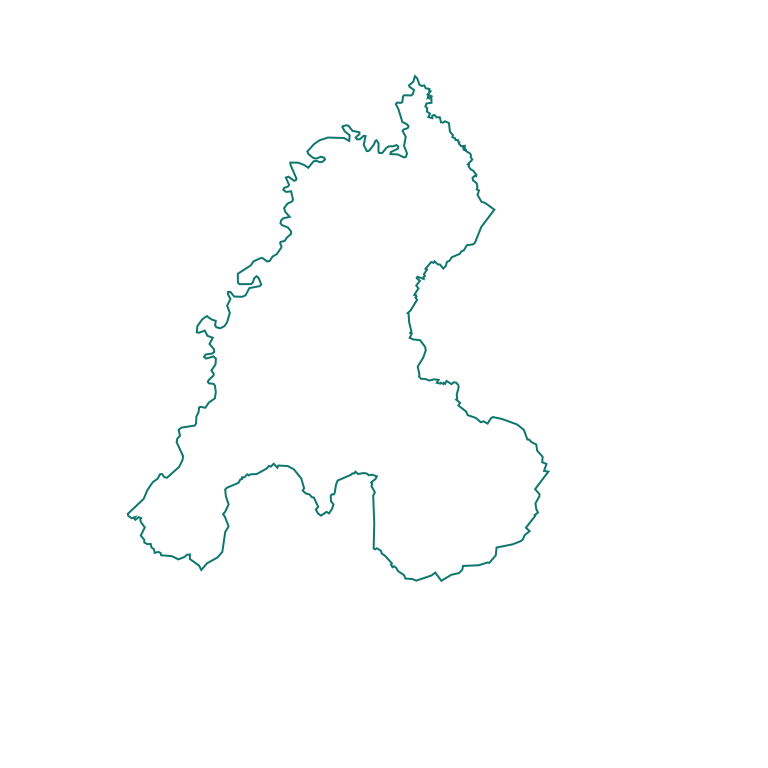 Mueang Maha Sarakham, Maha Sarakham, Thailand, rotated 305°
{"feature_id": "78962969B99626144769270", "entity_name": "Mueang Maha Sarakham", "entity_type": "district", "adm_level": 2, "iso_a3": "THA", "parent_name": "Thailand", "parent_adm1": "Maha Sarakham", "projection": "orthographic", "projection_center": [103.336, 16.105], "detail": "fine", "context": "isolated", "style": "outline", "palette": "teal", "viewbox_px": 768, "rotation_deg": 305, "n_neighbors": 0, "source": "geoboundaries", "source_scale": "gbopen_adm2", "svg_char_len": 6166}
<svg xmlns="http://www.w3.org/2000/svg" viewBox="0 0 768 768"><g transform="rotate(305 384 384)"><path d="M297.2,571.2L297.9,572.9L307.8,573.8L314.6,570.0L326.3,581.2L334.1,586.4L336.6,586.9L340.7,585.9L347.0,587.7L347.7,582.7L362.8,583.5L363.1,582.6L367.0,583.9L369.0,580.4L373.1,576.5L381.2,575.7L383.0,574.5L384.5,568.1L406.5,568.9L404.6,564.9L411.7,563.0L410.7,558.4L415.4,555.7L417.3,547.6L421.8,543.5L421.0,538.3L421.7,534.7L420.8,533.3L426.7,524.8L427.2,516.3L423.0,500.6L419.4,492.2L417.2,491.2L411.0,491.6L410.5,487.0L408.2,485.3L408.9,478.8L406.5,470.4L408.5,467.1L409.1,457.2L412.2,457.1L412.6,452.1L413.8,452.5L417.1,449.6L424.1,447.1L425.8,445.4L426.5,442.2L425.3,440.1L422.6,439.4L422.4,433.5L419.3,433.9L419.3,432.5L418.1,432.8L417.7,429.9L416.6,429.9L415.3,426.5L418.7,426.3L416.5,422.3L412.8,419.1L411.9,415.3L409.5,411.3L410.2,408.4L412.1,407.6L417.6,401.6L428.2,401.0L435.7,398.8L438.0,396.3L440.6,388.5L437.3,382.4L436.5,378.6L441.4,377.8L440.9,376.2L442.9,376.1L449.2,369.0L455.6,363.9L455.6,362.7L459.3,363.6L472.0,362.8L472.9,360.1L474.3,360.5L475.1,359.0L474.4,357.7L482.1,357.4L483.2,353.9L489.0,354.3L489.5,350.0L491.1,349.9L492.8,356.3L494.1,355.1L496.0,355.5L496.7,353.8L502.5,353.5L502.2,351.9L511.0,352.7L511.7,355.1L513.5,355.0L512.8,359.5L514.0,361.2L512.6,366.3L516.2,366.9L520.1,365.5L522.6,367.0L526.7,366.8L534.2,371.5L536.7,371.2L539.4,372.7L545.2,372.3L549.3,376.7L551.7,377.5L568.5,373.6L590.1,374.4L590.3,363.1L589.2,359.3L592.5,352.2L597.0,350.8L596.6,348.4L598.9,347.6L601.6,344.8L601.9,340.1L603.8,338.2L606.5,338.9L606.9,340.2L608.2,339.9L609.9,334.9L609.6,331.8L610.7,328.7L612.3,327.9L612.0,326.7L618.5,327.6L619.5,324.9L621.2,324.2L622.2,322.0L621.8,317.8L622.7,317.0L622.0,316.0L622.9,315.5L621.8,314.6L622.9,313.6L623.5,314.7L625.5,313.6L623.0,310.9L623.8,307.6L625.2,307.1L625.0,305.9L626.2,304.8L624.9,302.5L626.1,301.3L625.4,298.4L627.4,297.8L628.5,293.3L635.0,287.5L634.2,283.3L631.7,282.1L631.1,280.6L634.5,276.7L632.6,274.1L633.3,271.0L631.6,269.6L629.5,271.1L628.1,267.3L631.8,266.6L631.8,263.0L634.7,261.2L635.0,258.8L638.2,257.9L641.6,261.6L645.6,258.6L643.8,257.3L644.5,255.9L643.7,255.6L645.0,255.1L646.8,256.9L646.2,253.7L650.4,254.2L649.8,253.0L651.8,251.9L650.1,248.6L651.7,245.7L649.7,243.8L649.4,241.6L653.4,235.9L653.9,232.8L648.4,234.6L643.0,233.2L642.1,234.5L642.1,239.9L638.3,241.3L636.0,240.8L632.0,234.8L630.4,234.7L625.4,237.3L624.0,236.6L622.1,233.4L620.1,233.1L617.3,238.3L609.2,248.7L609.9,254.2L609.1,256.4L607.1,256.6L603.5,254.0L601.9,254.1L599.0,260.0L590.6,263.8L586.1,270.6L582.6,271.7L581.1,270.4L579.9,263.5L576.0,257.4L577.8,256.6L584.8,260.4L586.6,259.6L586.9,257.2L583.7,254.9L581.4,251.6L578.9,250.5L572.4,250.1L570.5,247.6L571.2,246.1L578.0,241.5L579.4,238.2L578.4,237.5L574.2,238.4L566.5,238.0L564.9,236.3L568.2,230.3L576.5,226.7L575.8,225.1L570.5,223.8L568.9,221.3L569.6,219.4L574.7,220.5L576.1,219.5L573.3,213.0L575.1,207.1L574.5,204.9L571.6,202.4L570.6,202.5L568.4,207.0L568.1,213.1L563.2,216.1L562.6,210.2L553.8,196.8L546.5,191.3L540.3,189.1L530.5,187.8L529.0,190.3L528.6,196.7L530.0,199.4L534.0,202.0L535.1,205.2L534.1,206.9L531.0,206.3L528.9,204.4L528.1,200.8L526.1,198.6L517.7,197.9L517.6,192.9L516.0,186.6L511.7,180.3L510.1,181.4L502.0,194.5L500.4,194.9L498.9,193.8L499.0,186.8L496.8,185.2L492.7,192.0L490.8,192.1L487.2,189.7L485.3,190.1L485.2,193.7L488.6,197.4L482.7,203.8L480.8,204.0L476.2,201.4L470.8,201.3L468.4,204.4L466.8,210.9L461.9,206.4L458.9,205.9L456.3,207.0L455.6,209.4L457.1,215.3L455.7,220.3L453.8,221.8L448.1,220.4L444.3,220.6L441.0,217.8L439.5,218.3L438.3,220.8L436.7,221.6L428.9,221.7L424.5,219.6L419.2,219.8L417.4,218.1L417.5,212.3L416.2,210.6L409.7,206.8L404.6,206.8L390.5,201.0L383.2,206.2L382.9,208.4L389.7,217.9L392.1,218.3L396.1,217.0L399.2,217.8L398.9,220.6L395.0,226.5L392.8,226.0L385.3,218.7L377.2,219.7L374.2,217.9L369.7,211.1L371.3,205.5L370.0,203.5L368.1,204.5L365.6,209.4L358.2,210.6L353.7,217.0L344.7,220.0L340.2,220.2L335.8,218.0L334.3,214.1L335.2,212.0L339.2,210.0L338.0,205.9L338.0,199.9L332.6,198.0L324.2,198.0L319.0,201.0L320.0,203.2L324.9,206.5L322.2,211.8L323.7,217.2L316.7,218.1L314.9,224.8L312.9,226.6L310.3,225.7L305.9,221.0L303.0,221.0L302.8,223.7L308.8,228.5L308.4,231.7L303.5,234.7L296.0,234.9L294.8,238.6L293.2,239.5L286.8,238.1L284.7,238.5L284.1,240.2L286.4,244.4L285.7,246.4L281.0,250.8L275.2,253.7L268.2,251.1L262.1,251.3L260.0,246.7L258.8,246.0L254.4,248.3L249.7,249.0L244.0,252.6L241.5,252.9L232.1,243.1L228.7,242.0L224.6,246.6L220.6,246.0L217.4,247.5L209.6,260.9L206.1,262.6L198.5,263.7L182.8,260.0L181.7,257.7L182.9,253.7L181.7,252.3L176.5,252.9L171.1,250.9L161.7,251.0L152.0,253.0L130.5,248.6L129.3,250.3L129.3,254.3L132.0,256.3L130.7,256.2L130.1,258.2L134.2,259.4L134.8,262.0L133.2,262.1L131.4,264.1L129.3,270.3L120.3,271.7L118.9,276.9L116.7,278.6L117.1,282.0L119.1,284.6L116.7,287.5L116.7,290.4L114.1,293.0L117.0,295.4L117.4,297.9L115.9,299.7L121.3,309.0L122.4,316.2L128.0,319.8L131.1,320.5L133.0,322.9L129.3,325.3L129.2,336.6L126.9,341.0L135.7,341.9L146.4,347.1L153.6,347.9L171.8,338.8L178.2,338.4L183.9,330.0L185.1,326.8L188.2,327.2L196.2,325.8L201.3,318.9L206.5,314.4L208.7,314.7L219.5,321.5L223.4,321.1L224.8,322.2L226.1,321.2L227.3,323.0L231.6,323.9L231.5,325.5L233.6,326.6L237.1,331.3L247.7,336.5L250.9,336.6L251.4,338.7L255.4,339.4L254.3,344.6L256.6,344.2L261.6,352.3L262.4,359.1L259.2,370.3L252.8,378.3L250.0,378.6L249.5,383.1L250.8,386.1L249.9,389.9L250.8,391.6L245.6,400.6L242.2,400.1L240.1,404.1L240.0,407.8L246.3,410.3L246.5,413.2L252.2,413.0L256.4,411.7L257.6,407.8L261.8,404.5L263.5,404.5L264.9,406.3L266.4,406.1L274.1,402.4L278.3,401.4L290.8,409.1L292.6,409.3L293.7,411.0L295.8,411.0L295.4,414.4L299.5,418.5L300.8,421.5L300.5,423.9L302.8,426.1L304.3,431.0L301.3,431.5L296.0,429.9L295.7,431.4L293.2,432.3L290.0,438.7L286.3,439.2L264.6,455.7L243.3,469.9L243.4,471.5L245.3,472.3L245.6,477.2L243.8,479.6L243.9,483.5L241.5,493.5L240.0,493.3L238.8,496.1L240.5,496.8L240.3,499.7L238.8,502.8L238.9,510.2L236.9,513.1L240.5,519.1L241.4,523.2L254.2,532.6L258.9,534.2L255.7,543.8L266.5,548.7L272.0,553.8L276.6,554.7L280.3,553.1L289.9,565.6L297.2,571.2Z" fill="none" stroke="#0f766e" stroke-width="2"/></g></svg>